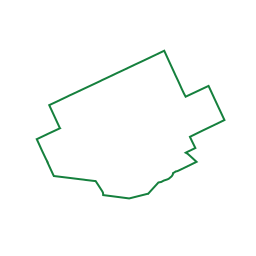 the district of Mount Gambier, South Australia, Australia, rotated 313°
{"feature_id": "25037944B55090185866802", "entity_name": "Mount Gambier", "entity_type": "district", "adm_level": 2, "iso_a3": "AUS", "parent_name": "Australia", "parent_adm1": "South Australia", "projection": "natural_earth1", "projection_center": [140.781, -37.825], "detail": "fine", "context": "isolated", "style": "outline", "palette": "green", "viewbox_px": 256, "rotation_deg": 313, "n_neighbors": 0, "source": "geoboundaries", "source_scale": "gbopen_adm2", "svg_char_len": 1230}
<svg xmlns="http://www.w3.org/2000/svg" viewBox="0 0 256 256"><g transform="rotate(313 128 128)"><path d="M62.0,155.6L66.7,162.1L77.3,176.9L93.2,187.2L93.5,187.6L99.0,187.5L108.9,187.4L111.2,189.1L113.9,190.0L117.2,191.8L118.6,192.4L122.4,192.9L124.6,192.5L124.8,192.3L125.8,191.7L127.1,192.2L128.7,192.5L129.8,193.3L130.3,193.6L134.6,195.3L150.0,201.2L149.9,191.9L149.8,189.1L149.3,187.1L150.0,187.3L152.8,188.4L159.3,190.9L162.1,183.5L163.7,179.5L163.8,179.3L177.2,184.4L186.9,188.2L199.6,193.1L204.2,181.7L204.5,180.9L208.7,170.5L208.8,170.2L209.0,169.8L213.6,158.5L213.7,158.2L190.2,148.8L191.4,145.3L193.3,140.5L194.7,137.2L196.7,132.4L199.3,125.8L199.4,125.6L199.5,125.4L204.5,113.2L209.2,101.8L196.5,96.8L185.4,92.4L179.5,90.0L163.6,83.7L161.9,83.0L161.7,82.9L148.8,77.8L145.4,76.4L143.4,75.7L137.4,73.3L125.7,68.6L114.7,64.2L112.1,63.1L108.9,61.9L91.0,54.8L81.5,78.1L81.4,78.1L81.4,78.4L81.1,78.3L69.5,73.6L57.8,69.0L57.6,68.9L55.1,75.0L54.3,76.9L52.8,80.5L49.4,89.1L48.3,92.3L48.1,92.2L43.2,104.2L42.3,106.5L51.7,119.4L52.0,119.8L57.5,127.4L60.0,130.8L61.3,132.7L63.3,135.4L63.5,135.7L66.6,139.9L67.1,140.5L66.9,141.4L65.7,146.3L64.1,152.6L63.5,154.0L62.0,155.6Z" fill="none" stroke="#15803d" stroke-width="2"/></g></svg>